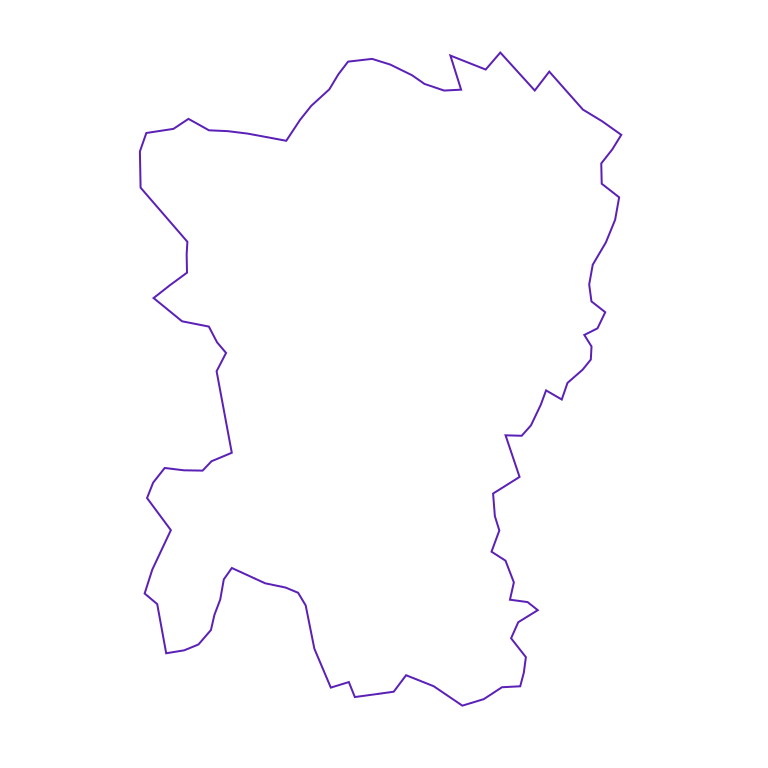 outline of Sede Nova, Rio Grande do Sul, Brazil, rotated 267°
{"feature_id": "56859067B54570666253245", "entity_name": "Sede Nova", "entity_type": "district", "adm_level": 2, "iso_a3": "BRA", "parent_name": "Brazil", "parent_adm1": "Rio Grande do Sul", "projection": "albers", "projection_center": [-53.96, -27.642], "detail": "fine", "context": "isolated", "style": "outline", "palette": "violet", "viewbox_px": 768, "rotation_deg": 267, "n_neighbors": 0, "source": "geoboundaries", "source_scale": "gbopen_adm2", "svg_char_len": 1463}
<svg xmlns="http://www.w3.org/2000/svg" viewBox="0 0 768 768"><g transform="rotate(267 384 384)"><path d="M103.8,511.4L123.4,497.6L139.1,505.6L150.1,525.7L158.7,516.0L162.0,498.5L179.1,503.3L201.2,496.1L210.9,482.6L231.7,491.5L246.2,487.8L268.9,487.2L284.1,514.5L326.4,502.7L325.1,518.8L335.0,528.6L355.1,539.5L369.1,545.5L359.2,560.7L375.5,567.3L387.9,583.1L397.6,591.8L410.6,593.2L422.5,586.6L428.4,600.1L444.1,608.7L455.6,595.5L472.6,594.1L492.2,598.7L513.8,613.0L535.9,623.4L558.1,628.6L572.6,611.9L592.9,612.5L606.4,624.3L620.4,634.0L635.1,615.4L647.6,597.0L687.3,565.4L669.2,549.9L708.9,517.5L692.7,502.0L708.5,467.5L673.9,476.4L673.9,459.4L681.5,440.2L690.9,428.1L702.7,406.9L709.3,389.1L707.8,365.0L695.6,354.6L681.1,344.8L665.6,325.9L652.3,314.1L632.0,299.1L641.2,260.9L644.7,241.1L646.5,222.5L659.0,202.6L649.8,187.1L647.1,159.8L629.0,152.4L592.8,151.2L536.3,195.1L523.8,193.7L505.5,193.1L493.8,175.3L481.9,158.4L457.2,185.6L450.5,212.1L434.3,219.5L423.3,227.9L405.5,217.5L323.3,228.4L315.9,207.7L307.0,198.3L308.3,179.6L311.6,160.6L297.6,148.3L282.5,141.4L249.2,163.5L210.8,142.9L187.3,134.0L176.1,146.0L126.5,152.4L128.5,170.5L133.6,185.1L147.4,198.3L162.4,202.6L177.4,209.2L197.3,213.8L208.2,222.4L191.2,254.9L185.9,275.0L180.0,287.3L167.0,294.2L123.3,300.6L83.6,315.0L88.2,333.3L72.9,338.5L76.2,377.6L92.0,390.8L79.6,417.8L58.7,445.4L64.1,467.2L75.0,485.9L75.0,504.2L88.3,508.5L103.8,511.4Z" fill="none" stroke="#5b21b6" stroke-width="2"/></g></svg>